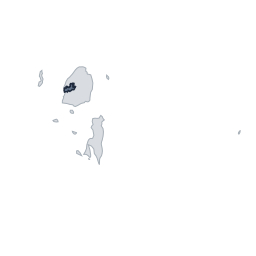 Namosi, Central, Fiji shown in context, rotated 115°
{"feature_id": "14151628B28251361437248", "entity_name": "Namosi", "entity_type": "district", "adm_level": 2, "iso_a3": "FJI", "parent_name": "Fiji", "parent_adm1": "Central", "projection": "albers", "projection_center": [178.074, -18.067], "detail": "fine", "context": "in_parent", "style": "filled", "palette": "slate", "viewbox_px": 256, "rotation_deg": 115, "n_neighbors": 0, "source": "geoboundaries", "source_scale": "gbopen_adm2", "svg_char_len": 4557}
<svg xmlns="http://www.w3.org/2000/svg" viewBox="0 0 256 256"><g transform="rotate(115 128 128)"><path d="M121.6,176.1L121.6,177.5L122.5,178.1L123.4,178.2L125.5,180.8L128.8,183.1L130.8,184.8L131.0,186.3L130.3,187.9L131.2,190.7L131.6,193.6L133.0,198.1L131.0,199.0L127.7,199.1L126.9,199.9L125.8,199.5L123.1,199.8L120.5,201.3L118.1,203.4L115.2,203.4L112.0,203.8L108.9,203.5L106.6,202.4L102.6,201.2L97.4,200.2L95.2,199.4L93.3,198.1L91.6,194.7L91.4,193.0L91.6,191.4L93.2,190.9L94.5,190.1L94.6,189.0L95.2,188.3L96.0,188.0L96.3,187.5L95.8,185.8L95.6,184.2L98.7,181.4L102.0,178.9L108.0,176.7L111.6,176.9L117.1,175.1L118.9,174.3L120.7,174.8L121.6,176.1ZM172.9,139.1L168.4,143.2L166.7,145.3L165.4,147.7L161.5,150.1L159.8,153.5L159.9,156.9L163.8,153.4L168.1,150.5L169.4,149.9L170.8,150.0L170.6,151.0L170.0,152.0L169.5,154.5L170.6,157.0L167.4,156.7L164.3,156.9L160.5,158.2L156.9,158.7L155.5,158.7L154.2,158.3L153.3,157.6L152.7,156.0L152.0,155.7L149.1,155.8L144.7,158.9L143.2,161.6L141.5,161.7L139.6,161.1L137.2,163.2L134.3,163.9L133.1,162.1L132.3,160.0L131.3,158.4L128.1,158.0L128.6,156.1L129.4,155.3L130.2,154.2L130.7,152.9L132.2,153.7L133.7,154.3L135.5,153.3L137.3,153.2L139.1,150.4L141.9,148.6L145.8,147.2L149.8,146.3L151.8,146.1L153.8,145.5L157.3,142.9L159.6,141.5L162.1,140.7L164.4,140.3L166.6,140.7L168.4,140.5L172.9,138.6L172.9,139.1ZM127.7,225.8L127.7,227.2L123.9,228.0L122.6,226.9L121.8,226.7L119.6,228.7L118.9,229.5L118.7,230.1L118.1,230.4L114.0,231.3L112.2,230.4L113.4,229.8L114.9,228.5L116.4,228.7L118.0,227.5L119.5,225.7L121.6,225.3L123.2,224.6L125.7,225.1L127.7,225.8ZM172.7,163.8L170.5,164.9L169.6,163.8L170.7,161.0L172.7,158.3L172.7,160.5L172.7,163.8ZM153.1,198.9L152.9,199.2L150.3,196.7L150.4,195.7L150.9,194.8L151.9,194.0L152.8,195.4L153.5,197.8L153.1,198.9ZM137.8,187.3L136.3,187.8L135.4,185.9L136.6,184.0L137.9,183.8L138.5,185.8L137.8,187.3ZM155.5,176.1L154.5,177.0L154.0,172.7L155.0,172.7L155.8,173.2L156.2,174.2L155.5,176.1ZM90.6,169.2L89.1,169.7L89.9,167.3L90.8,166.5L91.3,166.3L92.2,166.2L91.9,167.9L90.6,169.2ZM86.6,25.5L85.4,25.9L83.5,25.6L83.1,25.1L83.7,25.0L84.9,24.7L86.5,24.8L86.7,25.2L86.6,25.5ZM172.8,150.6L172.4,150.7L172.4,150.1L172.8,149.1L172.8,150.6Z" fill="#d9dde1" stroke="#a8b0b8" stroke-width="1"/><path d="M113.5,193.0L113.4,193.0L113.2,193.1L113.1,193.3L112.9,193.2L112.9,193.4L112.9,193.5L113.0,193.6L112.9,193.7L113.0,193.7L113.3,193.7L113.4,193.8L113.4,194.0L114.0,194.1L114.1,194.5L113.4,194.5L113.3,194.8L113.2,194.9L113.1,195.0L113.3,195.0L113.5,195.1L113.8,195.2L113.9,195.3L113.7,195.4L113.5,195.7L113.3,195.7L113.2,195.6L112.9,195.7L112.8,195.8L112.8,195.7L112.7,195.8L112.6,196.0L112.4,196.2L112.2,196.2L112.1,196.3L111.7,196.2L111.4,196.0L111.2,195.9L110.9,195.7L110.8,195.8L110.7,195.8L110.7,195.7L110.5,195.8L110.6,196.0L110.5,196.3L110.6,196.5L110.8,196.7L110.8,196.8L111.0,196.9L111.0,197.0L110.9,197.0L111.0,197.3L111.3,197.3L111.5,197.3L111.6,197.5L111.6,197.8L111.8,197.9L112.1,198.1L112.2,198.3L112.3,198.5L112.1,198.7L112.1,198.8L112.3,198.8L112.6,198.8L112.9,198.9L113.0,198.9L113.3,198.7L113.6,198.6L113.7,198.4L113.8,198.4L114.0,198.2L114.1,197.9L114.4,197.8L114.5,197.8L114.8,197.8L114.9,198.0L115.0,198.1L115.2,198.3L115.2,198.5L115.3,198.6L115.5,198.5L115.6,198.4L115.8,198.3L116.0,198.5L116.3,198.6L116.3,198.8L116.2,198.8L116.3,198.9L116.4,199.0L116.4,199.4L116.3,199.5L116.4,199.9L116.0,200.7L116.2,201.1L116.2,201.3L116.3,201.5L116.5,201.6L116.6,201.4L116.6,201.2L116.9,201.0L117.1,200.7L117.1,200.4L117.3,200.6L117.4,200.8L117.5,200.8L117.4,201.0L117.5,201.1L117.6,201.3L117.8,201.4L117.8,201.2L118.0,201.3L118.2,201.7L118.2,201.9L118.3,202.1L118.5,202.0L118.5,201.9L118.5,202.0L118.8,202.2L118.8,202.3L118.7,202.3L118.8,202.4L118.9,202.2L119.0,202.3L119.1,202.2L119.2,202.4L119.3,202.3L119.6,202.1L119.9,202.1L120.1,202.1L120.7,202.0L121.2,201.6L121.3,201.4L121.5,201.3L121.7,201.2L122.3,200.8L122.3,200.6L121.9,200.3L121.8,200.2L121.7,200.2L121.4,199.8L121.4,199.6L120.9,199.0L120.6,198.4L120.7,198.2L120.4,198.1L120.2,198.2L120.3,198.1L120.2,198.1L119.9,198.1L119.7,197.9L119.4,197.7L119.5,197.6L119.5,197.4L119.4,197.3L119.4,197.2L119.3,197.3L119.3,197.2L119.2,197.2L119.2,196.9L119.3,196.9L119.3,196.7L119.2,196.3L119.2,196.2L118.9,195.9L118.7,195.7L118.4,195.6L118.2,195.5L117.7,195.1L116.6,194.9L116.6,194.6L116.6,194.4L116.5,194.1L116.4,193.7L116.2,193.3L116.0,193.2L115.9,193.2L115.7,193.2L115.4,193.2L115.2,193.1L114.9,193.2L114.7,193.2L114.6,193.3L114.4,193.3L114.2,193.4L113.9,193.3L113.9,193.2L113.7,193.0L113.5,193.0Z" fill="#64748b" stroke="#1e293b" stroke-width="1.5"/></g></svg>